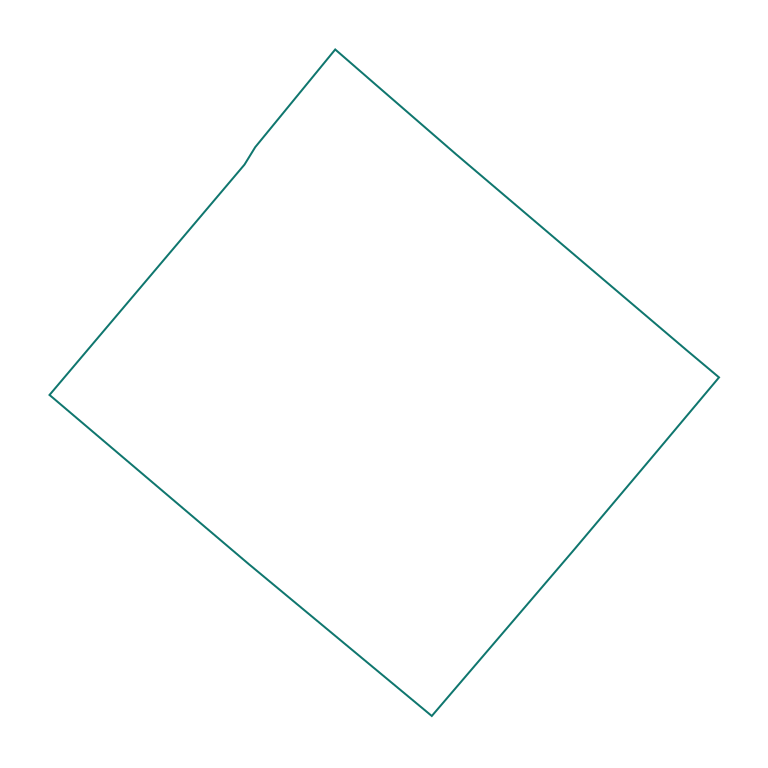 Wayne, Ohio, United States of America, rotated 40°
{"feature_id": "52423323B53124474487881", "entity_name": "Wayne", "entity_type": "district", "adm_level": 2, "iso_a3": "USA", "parent_name": "United States of America", "parent_adm1": "Ohio", "projection": "mercator", "projection_center": [-81.875, 40.83], "detail": "fine", "context": "isolated", "style": "outline", "palette": "teal", "viewbox_px": 768, "rotation_deg": 40, "n_neighbors": 0, "source": "geoboundaries", "source_scale": "gbopen_adm2", "svg_char_len": 321}
<svg xmlns="http://www.w3.org/2000/svg" viewBox="0 0 768 768"><g transform="rotate(40 384 384)"><path d="M634.0,607.6L636.1,389.4L636.4,267.1L636.4,163.6L593.7,163.6L290.8,161.7L184.7,160.0L131.6,159.1L133.1,285.3L136.1,305.6L134.8,607.4L396.2,608.9L634.0,607.6Z" fill="none" stroke="#0f766e" stroke-width="2"/></g></svg>